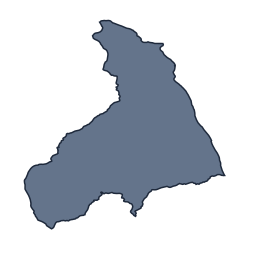 Laga, Baucau, East Timor, rotated 94°
{"feature_id": "22284137B62238566078682", "entity_name": "Laga", "entity_type": "district", "adm_level": 2, "iso_a3": "TLS", "parent_name": "East Timor", "parent_adm1": "Baucau", "projection": "equal_earth", "projection_center": [126.658, -8.504], "detail": "fine", "context": "isolated", "style": "filled", "palette": "slate", "viewbox_px": 256, "rotation_deg": 94, "n_neighbors": 0, "source": "geoboundaries", "source_scale": "gbopen_adm2", "svg_char_len": 5886}
<svg xmlns="http://www.w3.org/2000/svg" viewBox="0 0 256 256"><g transform="rotate(94 128 128)"><path d="M233.9,197.3L233.3,196.2L232.2,195.2L229.6,194.3L227.7,193.5L226.8,192.7L226.4,191.7L226.3,190.7L225.8,189.3L225.1,188.2L225.0,187.1L224.7,186.0L225.0,183.9L224.5,182.4L224.8,181.3L224.8,180.9L224.5,180.4L223.8,179.8L223.6,178.6L223.3,178.1L223.1,176.7L222.8,176.1L222.6,175.1L222.2,173.9L221.5,173.5L221.1,172.0L219.7,170.7L219.0,169.8L218.8,169.4L218.4,167.7L218.2,166.2L217.6,165.5L217.5,164.9L216.3,164.8L215.4,164.5L212.3,162.6L209.4,161.8L208.7,161.9L208.3,161.6L208.0,161.3L207.2,161.1L206.9,160.9L206.3,159.7L204.9,158.8L203.6,156.9L203.2,157.2L202.6,157.1L202.4,156.8L202.2,153.8L200.9,152.1L200.5,152.3L199.8,152.3L198.6,151.9L196.7,149.7L196.1,149.3L195.4,149.5L194.3,150.6L194.0,150.5L193.8,150.1L193.9,149.6L194.2,148.9L195.2,147.8L195.2,147.2L194.4,145.9L194.4,145.0L194.6,143.7L194.6,142.8L193.5,139.8L193.5,139.2L194.0,138.2L194.1,136.8L194.1,134.5L193.8,132.0L193.9,130.9L194.5,129.3L194.9,129.0L196.0,129.0L197.7,129.5L198.2,129.3L198.3,127.7L199.5,126.6L199.9,126.6L200.6,127.2L201.2,127.2L201.5,126.8L201.8,125.3L201.7,124.0L201.8,122.9L202.3,121.8L203.1,120.9L203.4,119.3L203.9,118.7L205.5,117.9L206.5,117.8L208.9,118.4L210.6,119.5L211.5,119.6L212.8,118.4L213.5,117.1L214.8,116.0L215.3,115.0L215.6,114.3L214.8,114.0L214.0,114.4L213.5,114.4L212.5,113.9L211.5,114.5L210.8,115.2L210.5,115.1L210.1,114.8L209.9,114.2L207.3,109.9L206.7,109.3L206.1,109.5L205.6,109.4L205.2,108.9L204.7,108.2L204.0,108.3L203.4,107.9L202.5,107.9L201.1,108.5L200.2,108.4L199.6,107.9L198.0,107.2L196.9,106.3L195.3,104.6L194.2,104.2L193.2,103.6L192.0,103.3L190.7,102.3L189.4,100.5L188.0,99.9L187.8,99.2L187.8,97.0L187.5,95.4L186.8,93.8L185.3,90.8L183.5,85.0L184.2,83.1L184.3,82.0L184.0,81.0L182.9,78.9L182.2,76.6L181.5,75.2L180.5,74.0L180.1,73.1L179.8,72.8L180.4,69.6L180.3,69.1L179.8,68.4L179.7,68.0L180.1,66.6L178.1,61.9L177.7,60.0L177.9,59.4L178.5,58.4L178.6,56.9L179.5,56.2L179.2,55.5L178.9,55.0L178.8,54.6L179.1,53.3L178.9,52.9L178.0,52.2L177.6,50.6L177.1,49.8L176.6,49.3L176.7,48.2L176.5,47.8L176.2,47.6L175.4,45.5L174.5,44.7L173.6,44.5L173.1,43.6L172.2,42.7L170.9,42.4L170.0,40.7L170.1,39.1L169.7,37.9L169.2,36.8L168.8,36.4L168.2,35.2L168.1,33.1L168.7,31.2L168.6,30.6L168.8,29.7L168.6,28.3L167.6,29.0L163.8,31.1L159.5,32.8L158.6,33.1L158.0,33.0L156.3,33.2L153.8,34.4L151.5,34.8L150.0,35.4L146.9,37.2L143.8,39.6L139.6,42.3L137.1,43.6L136.7,43.6L135.6,44.2L135.2,44.1L134.8,43.8L132.8,44.9L129.8,47.0L124.5,52.1L121.8,54.1L120.7,55.7L117.9,58.5L115.2,60.2L111.2,62.1L108.4,62.4L105.3,63.2L104.3,63.9L102.0,64.8L100.5,66.0L98.9,66.4L96.4,67.0L90.5,70.5L89.5,71.3L87.1,72.9L84.3,75.8L83.2,77.2L82.5,77.8L81.5,79.4L80.8,80.1L78.5,83.7L77.5,84.8L76.7,85.5L76.3,85.6L75.5,85.6L73.9,84.6L73.0,84.5L71.8,85.5L69.9,86.6L69.0,86.8L67.3,85.8L65.9,85.5L63.0,85.3L62.9,85.7L62.6,85.8L62.4,85.4L62.0,85.3L60.3,86.3L58.7,88.1L58.2,88.9L56.7,90.3L56.1,91.7L54.9,93.9L52.3,97.2L49.7,98.7L48.4,100.6L47.7,101.2L47.2,101.4L46.3,101.5L45.7,101.5L44.3,100.4L43.4,98.9L42.4,98.6L41.3,99.1L41.8,107.3L41.3,109.5L41.2,111.1L41.2,111.8L41.0,113.1L40.7,113.8L40.8,114.4L41.3,115.2L41.5,117.9L41.4,118.9L40.9,119.9L39.8,121.1L38.5,121.0L37.5,121.7L36.7,122.9L35.8,124.0L35.7,125.0L35.3,125.5L33.8,125.6L32.7,126.2L30.7,129.3L30.1,129.9L30.0,130.6L29.2,132.2L28.8,133.9L28.6,135.8L28.5,136.4L26.7,141.6L26.1,144.0L24.3,149.8L24.2,150.6L22.6,152.7L22.3,153.4L22.1,154.7L22.1,155.1L22.5,157.5L22.4,159.4L22.7,160.3L22.9,161.7L23.3,162.6L24.2,163.3L24.4,163.7L27.2,161.7L27.5,161.7L28.2,161.3L28.5,160.8L29.4,160.3L30.5,160.3L31.9,160.8L32.7,161.1L34.2,162.7L35.0,164.5L35.5,166.6L35.9,167.6L36.2,168.1L38.5,169.8L40.9,168.8L41.9,167.1L42.7,164.8L43.7,162.9L45.2,161.5L45.9,161.3L48.3,159.2L50.2,158.0L51.5,155.3L52.7,154.2L54.8,153.3L56.5,153.1L61.5,153.5L62.5,153.8L63.3,154.5L64.0,155.4L64.7,155.5L65.4,155.9L66.5,156.2L69.3,156.5L71.1,157.0L71.4,156.9L71.8,156.3L72.2,155.1L72.5,153.3L72.7,152.7L73.6,151.2L74.8,149.8L75.6,149.4L75.8,148.9L76.5,148.3L76.4,147.3L76.4,146.8L77.0,145.5L77.0,143.4L77.1,142.7L77.4,142.4L79.8,142.3L83.9,143.0L84.8,142.6L85.4,141.2L85.8,140.8L86.3,140.9L86.9,141.1L87.7,141.9L88.1,142.6L88.9,141.7L89.4,141.7L90.0,142.3L90.8,142.2L91.6,140.3L93.2,139.5L94.1,139.4L95.4,139.5L95.7,138.9L96.1,138.6L97.1,138.1L98.0,138.4L98.5,138.8L98.8,138.9L100.6,138.2L101.3,138.1L101.7,138.5L102.2,139.5L103.2,142.0L103.4,142.9L103.6,143.2L104.0,143.9L107.0,147.0L109.4,147.9L111.2,149.8L111.9,149.7L112.9,150.5L114.4,152.9L115.3,153.8L116.3,156.9L117.2,157.4L118.1,159.3L118.9,160.0L120.1,161.8L121.1,162.7L123.9,164.3L124.6,165.1L125.4,165.7L125.8,166.3L126.8,166.9L127.5,168.6L128.5,169.9L129.4,172.0L129.7,172.4L131.6,173.5L132.0,173.9L132.2,174.4L133.5,176.3L134.8,180.7L136.8,184.1L137.0,185.3L137.5,185.9L137.7,186.8L137.7,188.1L138.0,188.6L138.5,189.0L139.7,188.9L140.4,189.3L141.6,190.3L142.5,191.8L142.9,192.1L143.3,192.1L144.1,191.6L144.7,192.0L145.3,193.4L145.8,193.7L146.7,193.7L147.0,193.8L147.5,194.1L147.9,194.9L148.4,195.1L151.0,196.0L151.9,195.6L152.1,196.7L152.4,197.3L152.7,197.4L153.0,197.3L153.5,196.7L154.1,196.5L154.8,196.6L155.2,196.1L156.7,196.3L157.4,196.3L158.0,196.0L158.8,196.8L160.8,200.9L162.9,202.4L164.1,202.8L164.7,202.6L165.4,202.0L166.4,201.8L167.0,202.9L167.3,203.8L168.8,205.9L169.5,207.3L170.2,210.3L170.2,212.1L170.4,213.6L170.7,214.5L171.3,215.2L171.6,217.2L172.3,218.9L173.2,220.2L173.8,220.9L175.3,222.2L178.5,224.1L179.4,224.5L181.4,225.0L185.1,226.3L187.0,227.5L187.9,227.7L190.2,227.3L191.8,226.7L195.5,226.5L196.4,226.3L201.9,222.6L203.8,221.6L206.3,220.5L209.6,219.6L211.1,219.5L211.8,219.6L213.4,219.2L215.4,217.7L217.5,215.8L219.0,216.2L219.6,215.9L221.1,214.6L222.1,214.3L224.3,212.5L225.9,211.6L226.2,211.2L227.3,207.5L227.9,206.1L229.2,203.6L229.4,203.3L231.1,202.3L233.9,197.3Z" fill="#64748b" stroke="#1e293b" stroke-width="1.5"/></g></svg>